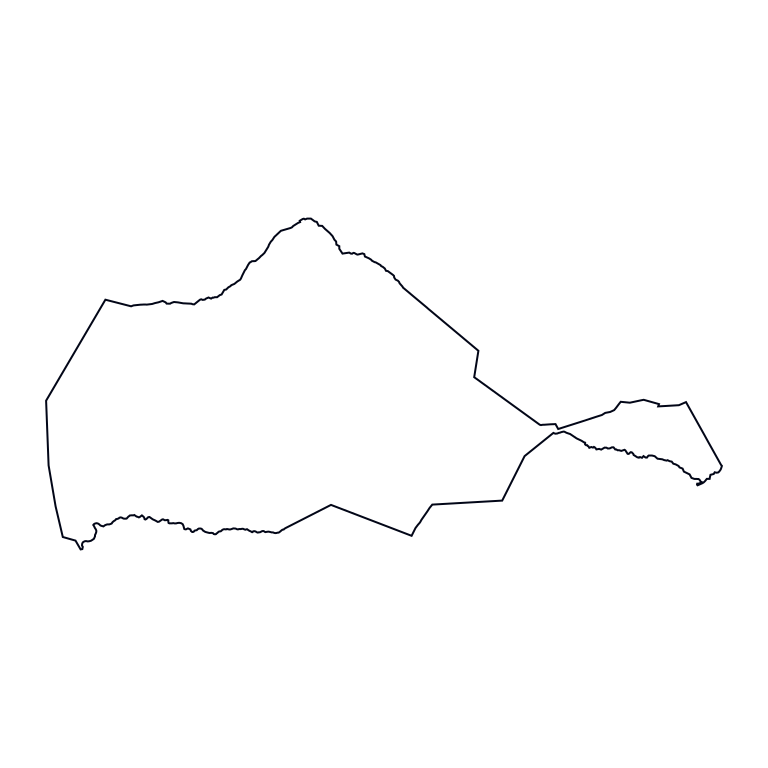 outline of Concepción Pápalo, Oaxaca, Mexico
{"feature_id": "50627088B12532943049248", "entity_name": "Concepción Pápalo", "entity_type": "district", "adm_level": 2, "iso_a3": "MEX", "parent_name": "Mexico", "parent_adm1": "Oaxaca", "projection": "orthographic", "projection_center": [-96.835, 17.876], "detail": "fine", "context": "isolated", "style": "outline", "palette": "ink", "viewbox_px": 768, "rotation_deg": 0, "n_neighbors": 0, "source": "geoboundaries", "source_scale": "gbopen_adm2", "svg_char_len": 5971}
<svg xmlns="http://www.w3.org/2000/svg" viewBox="0 0 768 768"><path d="M80.6,549.4L82.3,549.1L82.8,546.9L82.0,545.5L82.1,544.2L82.3,543.4L82.8,542.4L83.8,541.7L85.2,541.1L86.3,541.1L87.6,541.4L88.9,541.3L90.9,540.8L92.5,539.8L94.0,538.7L94.5,537.4L95.0,536.4L95.0,535.1L95.8,533.4L96.3,531.9L96.3,530.6L95.8,529.3L94.8,527.8L94.1,526.2L93.3,525.0L93.9,524.2L95.1,523.5L96.6,523.2L97.9,523.5L99.2,524.3L100.2,525.3L101.2,525.8L102.4,526.1L103.4,526.4L105.2,525.1L107.2,524.4L109.3,524.4L110.8,523.9L111.8,523.4L112.0,522.9L112.6,522.1L113.8,521.1L115.4,520.1L116.1,519.1L117.4,518.9L118.7,518.4L119.4,517.7L120.7,517.4L121.9,517.7L122.7,518.2L124.0,518.7L126.0,518.7L126.7,518.5L128.3,516.7L129.3,516.0L129.8,515.5L131.6,515.3L133.6,515.3L134.3,515.0L136.6,516.6L137.6,516.8L138.9,517.4L139.9,516.9L141.9,515.4L143.7,516.9L144.4,518.2L144.6,519.2L145.4,519.5L146.4,519.0L148.2,517.2L149.5,517.0L152.7,519.3L155.5,520.6L157.7,521.9L159.0,521.7L162.3,519.4L163.3,519.4L164.6,520.2L165.8,520.2L167.7,519.9L168.3,520.3L168.3,521.8L168.6,523.0L169.3,523.3L172.3,523.3L173.1,523.1L174.6,523.4L176.1,523.4L177.1,523.1L178.4,522.9L179.7,522.9L181.2,523.2L182.7,524.2L183.4,525.7L184.3,529.0L185.1,529.3L186.1,529.3L187.9,528.4L190.4,529.4L190.9,530.9L192.2,532.0L192.9,532.0L193.7,531.7L194.2,531.2L194.5,530.7L195.0,530.5L196.7,530.2L198.0,529.0L199.0,528.5L200.5,528.5L201.5,528.8L202.3,529.5L203.0,530.5L203.7,530.9L204.7,531.6L205.6,532.0L206.7,532.3L208.2,532.7L209.1,532.9L209.9,533.0L210.7,532.9L211.9,532.9L213.1,533.2L213.7,534.0L215.0,534.3L216.0,534.1L216.5,533.5L217.2,533.1L217.9,532.4L218.5,531.9L219.1,531.5L220.7,531.3L221.5,530.7L222.3,529.9L223.3,529.4L224.1,529.2L225.3,529.3L226.0,529.4L226.5,529.2L227.0,529.0L227.8,529.2L228.5,529.3L229.6,529.5L230.5,529.4L231.7,529.0L232.6,528.7L233.2,528.4L234.8,528.5L235.7,528.6L236.9,529.2L238.0,529.4L239.2,529.0L240.1,529.1L241.2,529.0L242.0,528.8L243.0,528.8L243.9,529.2L245.3,529.7L247.0,529.2L249.2,530.7L251.0,531.5L251.9,532.1L252.5,532.1L252.7,531.7L252.9,531.5L253.8,531.2L254.8,531.2L256.0,531.7L256.9,532.3L257.9,532.6L258.6,532.3L259.4,532.3L260.1,532.2L260.9,531.8L262.0,531.2L263.1,531.0L263.9,531.2L264.7,531.8L265.4,532.1L266.5,531.9L267.8,531.7L268.9,531.7L270.6,532.1L271.7,532.4L273.0,532.4L274.2,532.9L275.3,533.1L276.5,533.0L277.4,532.7L278.7,532.6L280.1,531.6L281.6,530.3L282.5,529.7L283.7,529.5L284.4,528.8L285.5,528.1L331.0,504.9L411.6,535.8L415.5,528.0L418.0,524.7L419.7,522.8L420.5,521.6L421.4,519.9L427.4,511.3L429.6,507.9L432.3,504.6L469.0,502.5L502.2,500.6L524.6,456.1L553.4,432.9L554.2,433.3L555.4,433.7L557.3,433.5L558.7,432.9L559.8,432.7L561.4,432.1L563.5,431.6L564.4,431.7L566.5,432.8L568.8,433.6L570.1,434.0L576.6,438.4L580.6,440.3L581.6,440.8L584.4,442.6L584.8,442.5L585.2,442.9L585.1,444.4L586.1,445.2L587.2,445.2L587.7,446.0L588.4,446.3L589.3,447.8L591.3,447.0L593.0,447.6L593.9,446.9L594.8,447.4L594.9,447.6L595.7,448.3L596.4,449.4L599.1,448.9L601.2,449.6L604.6,447.6L606.5,447.7L607.8,448.5L609.7,448.4L612.0,447.3L613.5,447.3L615.3,449.5L616.2,449.4L617.7,450.3L619.0,450.2L621.3,450.9L624.5,449.8L625.3,450.3L627.6,453.8L628.7,453.9L630.6,452.2L631.7,452.3L633.3,453.9L633.7,455.1L634.2,455.3L637.3,457.3L638.9,457.7L639.2,457.2L640.1,457.1L642.0,457.8L643.5,456.1L645.5,457.5L646.9,457.6L648.2,455.9L648.8,455.5L651.9,455.5L654.7,456.2L657.5,458.7L662.3,459.3L664.2,460.1L666.7,460.6L667.6,460.2L669.6,461.2L671.7,461.6L673.3,463.7L675.7,464.4L678.6,466.0L679.5,467.4L681.1,468.0L682.6,468.6L683.9,471.6L689.6,474.4L691.5,477.9L694.3,478.9L698.4,479.0L699.4,479.6L700.7,481.6L701.8,482.1L700.9,482.7L699.3,483.4L698.5,483.6L697.5,483.7L697.2,483.7L697.1,484.0L697.0,484.6L697.4,485.1L697.6,485.3L702.4,483.2L703.8,482.3L704.6,481.5L705.3,480.8L705.9,480.0L706.8,478.9L709.6,478.9L709.9,477.3L710.0,476.8L710.5,474.8L713.7,474.0L714.7,472.3L716.4,472.7L718.1,472.5L719.2,471.6L719.8,470.7L720.0,470.5L720.6,469.6L720.9,469.0L721.6,466.9L721.9,465.9L721.0,464.8L714.4,453.0L711.5,447.8L708.3,442.1L704.4,435.0L686.0,402.1L680.5,404.5L678.9,405.2L673.7,405.5L667.1,405.9L658.2,406.4L659.0,404.1L643.7,399.8L641.1,400.3L629.9,402.7L620.7,401.8L618.8,404.2L616.1,407.8L614.2,410.1L610.3,411.9L610.0,412.0L605.2,412.9L601.9,415.0L595.9,416.9L580.9,421.8L558.2,429.0L555.5,424.1L550.6,424.3L544.9,424.7L542.4,424.8L541.0,425.1L539.7,424.7L474.2,377.2L478.4,350.8L467.3,341.5L427.5,308.2L427.4,308.0L416.5,298.9L413.5,296.4L402.9,287.5L402.6,286.7L399.6,283.3L399.1,282.0L397.9,280.7L395.6,279.6L394.2,277.5L394.0,275.9L393.2,275.1L391.6,273.9L387.8,271.1L386.0,270.8L384.8,268.5L382.7,266.8L381.2,266.1L380.5,265.1L375.6,262.3L374.7,262.2L371.8,260.6L371.3,259.8L368.9,258.3L364.9,256.5L364.3,254.1L362.4,253.4L357.7,254.6L356.8,254.4L354.3,253.0L353.4,252.9L352.1,253.7L350.9,253.6L349.2,252.6L342.5,253.6L339.3,248.8L339.3,246.2L336.4,244.6L336.1,241.5L334.4,239.7L332.6,236.2L329.7,233.0L324.9,228.8L322.2,225.9L318.7,225.7L316.8,221.9L314.7,221.4L310.9,218.6L307.1,218.6L305.1,219.4L303.9,218.7L302.7,219.0L299.7,220.8L300.1,222.1L298.1,222.9L293.2,226.0L292.0,227.3L290.5,228.0L280.9,230.8L274.4,236.9L272.3,240.1L270.8,241.7L269.0,244.7L268.3,246.7L264.4,253.0L262.2,255.1L261.1,255.9L259.0,258.1L257.4,259.4L255.5,261.0L253.9,261.2L253.4,261.1L251.7,261.3L250.4,262.3L249.7,262.5L248.1,264.9L246.0,269.0L244.9,270.2L242.3,275.4L241.0,278.4L240.2,279.7L237.3,281.5L234.4,283.9L231.3,285.2L230.4,286.2L228.4,287.3L226.2,289.5L224.3,289.9L221.6,294.5L219.8,295.1L217.1,297.2L214.7,297.2L213.5,297.7L212.6,297.6L211.1,298.6L208.5,297.5L206.0,298.6L204.8,299.6L202.7,299.9L201.2,299.3L200.0,299.7L194.2,304.4L192.5,304.2L191.3,303.7L183.1,303.3L178.0,302.4L174.0,302.0L171.4,302.9L170.0,303.7L166.6,303.6L165.7,302.4L162.6,300.9L158.5,302.3L154.9,303.1L152.4,303.9L151.9,304.0L146.9,304.6L144.5,304.5L140.4,304.7L133.6,305.4L132.7,305.7L131.1,306.3L105.4,299.7L46.1,400.7L48.6,465.4L55.6,506.4L62.8,537.0L75.5,540.6L80.6,549.4Z" fill="none" stroke="#020617" stroke-width="2"/></svg>